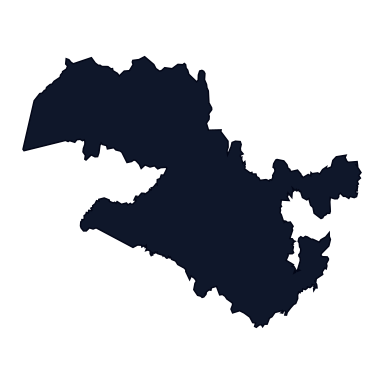 the district of Ixcamilpa de Guerrero, Puebla, Mexico
{"feature_id": "50627088B64482262192688", "entity_name": "Ixcamilpa de Guerrero", "entity_type": "district", "adm_level": 2, "iso_a3": "MEX", "parent_name": "Mexico", "parent_adm1": "Puebla", "projection": "equal_earth", "projection_center": [-98.671, 18.028], "detail": "fine", "context": "isolated", "style": "filled", "palette": "ink", "viewbox_px": 384, "rotation_deg": 0, "n_neighbors": 0, "source": "geoboundaries", "source_scale": "gbopen_adm2", "svg_char_len": 5999}
<svg xmlns="http://www.w3.org/2000/svg" viewBox="0 0 384 384"><path d="M24.0,150.7L65.5,140.4L68.1,141.5L69.6,140.6L74.8,142.3L76.8,139.7L80.2,139.3L82.5,140.7L84.2,139.8L84.9,141.5L84.9,144.3L83.4,148.5L83.0,151.9L85.4,155.4L84.8,159.2L86.0,160.0L91.2,154.9L95.0,156.8L97.6,156.6L98.9,152.8L99.9,145.3L101.1,142.9L102.2,144.4L106.6,145.6L107.4,148.9L113.8,147.7L115.8,149.9L120.2,151.0L121.9,152.3L127.0,162.5L131.6,161.5L133.9,159.9L135.9,160.6L139.4,164.4L141.2,168.5L145.1,164.9L150.0,167.0L154.6,165.8L157.8,168.9L160.8,167.6L166.1,167.3L166.7,167.9L166.5,169.5L163.7,175.2L161.3,175.0L160.1,178.6L157.3,179.6L157.1,184.7L156.1,183.8L153.3,187.3L151.1,187.9L151.3,189.7L150.8,190.2L149.6,189.3L149.1,191.3L144.8,194.3L144.3,193.4L141.6,193.2L137.8,197.6L137.1,197.4L136.9,196.2L135.8,196.2L134.0,200.0L135.9,200.1L135.8,201.1L132.8,204.2L131.2,204.3L130.3,203.4L127.9,204.9L126.5,203.0L121.4,204.3L117.1,201.6L115.9,203.4L114.7,202.3L113.1,202.9L109.5,201.4L109.2,200.0L104.2,198.0L98.8,199.4L99.0,201.2L96.6,200.7L95.0,203.9L92.7,205.7L92.9,207.2L90.9,208.2L92.0,209.9L91.7,210.6L88.7,210.4L88.3,213.0L86.4,212.5L85.8,214.5L84.1,215.7L84.3,218.5L83.6,219.6L81.9,219.6L82.0,220.7L80.8,221.9L80.5,225.9L81.1,227.9L83.5,230.9L86.3,230.9L89.4,227.8L93.1,229.0L96.1,227.8L133.0,247.4L137.5,245.0L141.6,245.2L141.9,246.9L143.7,245.7L144.4,246.6L146.0,245.3L145.6,247.1L146.4,246.6L146.6,248.6L145.8,250.6L148.0,249.9L150.2,251.0L150.2,253.8L151.2,255.6L152.9,254.8L152.1,252.5L154.2,253.3L155.2,252.0L156.1,253.0L157.1,252.1L157.7,253.6L162.8,255.2L163.1,256.1L164.0,255.4L166.5,258.1L167.8,258.0L168.4,256.4L169.6,257.7L170.2,257.0L171.7,259.4L175.6,261.0L177.8,264.5L184.2,268.0L185.8,269.7L185.8,271.5L189.6,279.6L191.2,276.0L194.5,278.3L196.4,281.1L195.0,283.3L193.8,289.7L197.6,295.3L200.7,296.1L202.1,297.4L203.8,296.9L205.6,294.7L204.9,293.0L206.0,293.9L206.5,291.8L208.9,289.9L210.9,290.2L211.4,287.8L216.5,286.3L219.7,294.9L222.4,294.4L225.1,296.3L226.9,299.0L232.4,302.9L232.6,304.9L231.0,309.1L232.6,312.9L239.7,310.7L244.2,313.0L249.8,317.1L252.7,322.6L255.6,323.0L254.6,326.4L256.3,327.3L259.3,324.9L261.4,324.7L262.6,326.7L264.3,324.2L267.1,324.2L269.4,318.2L272.0,316.7L274.9,312.5L282.2,310.6L282.4,311.8L281.1,312.8L282.7,313.1L283.5,311.0L285.0,310.9L286.2,312.0L285.3,312.7L284.8,315.0L286.5,315.1L287.2,312.4L290.7,307.8L293.7,304.4L295.7,303.5L297.7,298.6L297.6,295.0L298.8,291.8L300.0,292.7L300.5,291.4L302.3,291.3L302.7,288.8L305.4,289.6L307.2,288.1L307.5,286.9L310.0,287.6L312.1,286.0L312.2,284.5L314.3,285.1L313.8,286.4L314.6,287.3L313.6,288.3L313.8,290.4L315.6,287.4L316.5,287.1L317.1,288.6L316.7,284.8L315.0,281.1L315.9,281.2L316.3,278.7L322.7,274.4L322.1,272.0L324.7,268.1L326.2,268.9L326.9,265.9L326.4,263.5L328.4,259.8L328.4,258.6L327.2,256.9L322.4,256.7L320.8,255.4L321.4,253.5L328.8,246.0L330.4,239.4L329.3,236.6L329.2,232.7L325.7,237.0L321.0,239.7L319.2,242.2L312.7,239.2L311.2,239.3L307.3,236.9L305.4,236.4L303.1,238.1L300.8,236.7L298.9,238.3L298.2,241.4L299.2,242.7L299.6,246.9L300.5,248.2L300.8,250.1L300.2,252.9L298.8,254.8L299.0,256.3L300.1,257.6L300.3,260.8L297.7,269.5L299.7,270.3L297.6,271.2L297.3,270.0L296.5,270.2L295.4,272.4L293.9,273.2L295.3,268.9L293.9,266.4L292.2,266.3L293.4,264.7L286.1,260.3L288.1,255.7L288.1,253.8L292.3,253.7L293.6,252.7L292.7,250.3L293.4,246.8L292.1,244.6L293.2,244.1L292.7,243.5L293.6,242.2L295.1,241.3L293.7,240.8L292.3,238.8L289.8,238.5L292.6,230.1L292.0,228.2L293.1,226.3L290.3,222.0L287.6,222.5L286.0,221.3L284.4,222.3L284.6,221.0L283.4,221.2L281.3,214.8L280.0,212.7L280.5,210.3L280.1,207.7L281.5,206.4L280.7,205.0L281.3,200.0L289.1,200.5L287.1,196.6L288.0,195.4L287.4,193.6L287.9,192.6L291.8,197.4L292.2,192.2L293.5,191.0L292.6,188.0L295.1,190.4L296.2,189.4L296.9,190.9L298.6,189.8L299.4,191.5L300.6,191.4L302.5,197.5L306.8,199.9L308.8,198.4L310.6,205.2L313.0,207.4L314.1,213.2L321.0,218.5L322.7,217.8L323.7,215.9L326.1,214.6L326.6,213.4L329.7,213.3L330.3,211.4L329.8,201.9L330.3,197.4L334.6,198.8L337.3,198.7L338.7,196.9L338.7,194.6L340.4,193.2L343.4,196.3L345.5,196.3L348.8,198.4L350.0,196.4L354.2,197.6L356.5,196.6L357.4,193.2L355.9,193.2L355.6,191.1L356.2,190.2L357.6,191.3L357.0,190.3L357.6,186.4L356.8,185.6L358.4,184.0L357.5,182.2L357.5,180.7L360.4,178.1L358.7,175.5L361.0,172.6L356.3,165.2L357.6,165.7L357.1,161.6L348.3,162.3L346.9,161.3L345.1,157.5L346.1,155.2L336.3,156.8L332.9,160.4L331.3,166.9L327.6,168.5L326.2,167.9L326.5,166.9L322.6,169.6L319.8,174.0L317.6,172.9L312.2,173.7L311.0,172.6L310.7,175.8L308.2,174.5L303.0,177.6L302.2,176.2L301.5,176.4L300.9,174.2L297.5,170.1L291.4,171.5L290.3,171.1L289.8,169.4L287.9,168.1L287.0,164.8L283.8,160.9L277.0,159.5L275.8,160.0L273.7,163.7L273.1,167.3L274.6,168.4L275.0,171.2L272.7,175.4L272.9,177.2L271.7,180.0L270.1,179.7L269.2,180.9L266.0,179.6L260.1,180.4L258.7,177.8L256.6,176.7L255.9,174.0L252.2,174.0L251.9,172.4L250.1,172.9L244.6,168.9L245.1,166.8L244.5,165.7L245.2,164.5L244.8,161.6L242.9,163.4L241.6,159.4L241.8,157.2L241.0,157.6L240.3,156.3L240.4,155.1L243.1,153.9L240.6,150.9L240.3,148.2L241.2,144.5L240.2,141.6L235.4,141.2L232.1,142.5L231.1,146.8L227.6,154.9L227.0,150.7L228.1,147.3L228.0,141.2L220.8,131.6L221.1,129.9L208.5,130.2L206.4,123.2L209.0,119.3L209.2,116.3L208.6,114.0L211.7,109.7L211.6,107.8L208.9,102.8L208.3,90.9L206.9,87.7L206.5,84.4L204.5,79.7L204.9,73.5L203.7,71.3L201.9,70.4L199.7,71.0L198.4,75.0L198.2,80.2L196.6,81.8L188.8,74.3L187.7,70.2L186.1,68.1L185.6,64.6L184.3,63.5L182.8,64.7L177.9,64.4L172.1,68.7L164.7,67.7L161.7,70.5L159.6,71.2L155.9,68.6L153.8,64.5L144.6,56.7L139.0,59.6L132.8,60.4L132.3,62.0L133.1,64.6L129.4,70.7L124.2,71.1L119.2,76.0L117.4,73.4L112.9,70.7L112.5,68.6L111.0,68.9L107.9,66.6L101.8,66.5L100.2,65.3L98.2,65.3L95.2,63.0L91.4,57.7L73.3,63.8L71.0,62.3L68.9,59.7L66.2,58.7L65.7,64.0L67.6,66.0L66.4,69.1L62.6,71.6L62.5,72.8L60.6,75.0L60.1,77.3L54.1,81.3L51.9,84.3L50.2,84.5L46.6,87.4L45.9,89.9L44.3,90.5L42.1,93.2L39.8,93.6L34.2,100.7L23.0,149.3L24.0,150.7Z" fill="#0f172a" stroke="#020617" stroke-width="1.5"/></svg>